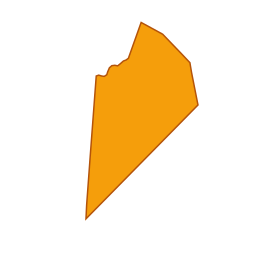 outline of Jardim de Angicos, Rio Grande do Norte, Brazil, rotated 207°
{"feature_id": "56859067B68671349546814", "entity_name": "Jardim de Angicos", "entity_type": "district", "adm_level": 2, "iso_a3": "BRA", "parent_name": "Brazil", "parent_adm1": "Rio Grande do Norte", "projection": "natural_earth1", "projection_center": [-35.96, -5.59], "detail": "fine", "context": "isolated", "style": "filled", "palette": "amber", "viewbox_px": 256, "rotation_deg": 207, "n_neighbors": 0, "source": "geoboundaries", "source_scale": "gbopen_adm2", "svg_char_len": 476}
<svg xmlns="http://www.w3.org/2000/svg" viewBox="0 0 256 256"><g transform="rotate(207 128 128)"><path d="M179.9,159.9L148.3,84.4L129.8,40.4L124.2,28.0L80.3,167.0L76.1,180.3L77.7,182.3L96.8,206.6L102.5,214.3L114.0,218.4L139.7,227.3L164.2,228.0L159.3,190.3L160.6,187.7L162.5,185.6L164.1,181.6L165.4,178.7L168.2,177.9L170.7,176.2L171.9,173.2L171.6,168.8L171.1,165.8L172.6,163.2L175.0,162.4L178.1,161.8L179.9,159.9Z" fill="#f59e0b" stroke="#b45309" stroke-width="1.5"/></g></svg>